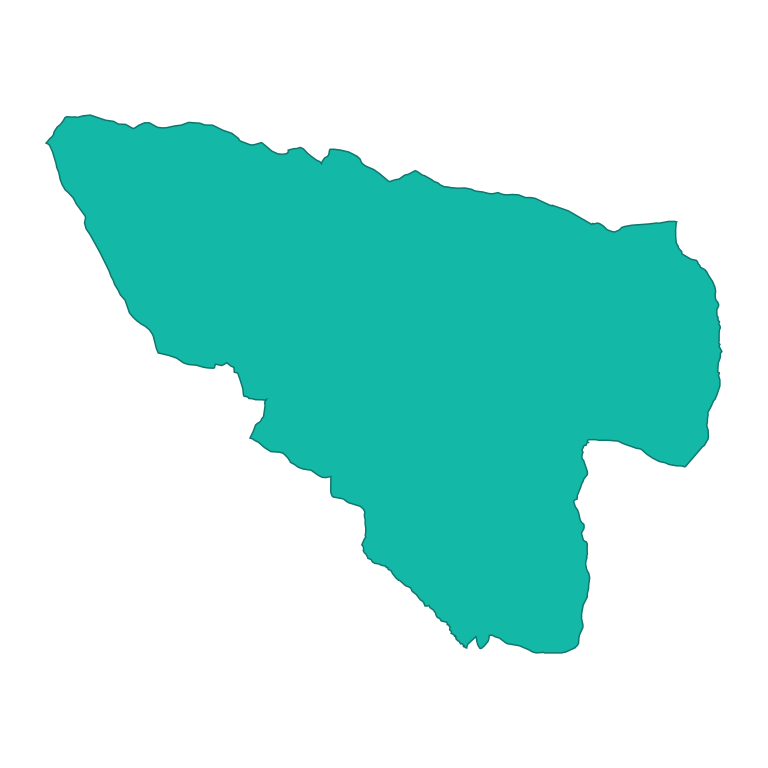 Barsau, Satu Mare, Romania
{"feature_id": "2599482B93689648054040", "entity_name": "Barsau", "entity_type": "district", "adm_level": 2, "iso_a3": "ROU", "parent_name": "Romania", "parent_adm1": "Satu Mare", "projection": "albers", "projection_center": [23.225, 47.589], "detail": "fine", "context": "isolated", "style": "filled", "palette": "teal", "viewbox_px": 768, "rotation_deg": 0, "n_neighbors": 0, "source": "geoboundaries", "source_scale": "gbopen_adm2", "svg_char_len": 6098}
<svg xmlns="http://www.w3.org/2000/svg" viewBox="0 0 768 768"><path d="M587.0,557.3L586.5,556.7L587.4,554.1L587.1,549.4L587.3,544.2L586.5,542.0L584.2,540.9L583.3,539.9L581.4,533.1L583.8,528.8L584.1,527.3L584.0,524.9L583.5,524.0L581.6,522.5L580.2,520.1L578.7,513.1L577.5,509.9L575.2,506.6L573.6,501.3L574.9,499.8L577.0,499.2L577.3,497.6L577.1,496.0L580.5,487.7L581.6,484.1L582.9,481.7L583.9,478.9L587.3,474.6L587.5,472.7L587.1,470.7L583.5,460.2L582.3,459.1L581.8,456.8L582.4,453.8L583.0,452.2L582.1,450.9L582.1,449.8L583.8,446.0L584.6,445.3L586.0,445.3L586.9,442.9L588.3,442.5L587.5,441.7L587.5,440.3L588.9,439.7L595.0,439.6L599.3,440.3L608.3,440.3L618.1,441.1L623.4,443.7L636.8,448.4L639.1,448.6L641.4,449.4L647.2,454.5L652.3,457.9L659.3,461.5L665.0,462.7L669.1,464.5L676.5,465.8L681.4,465.9L684.5,466.8L685.4,466.6L702.5,446.7L704.4,445.3L708.1,438.9L708.4,436.1L708.1,430.3L706.7,425.5L707.3,422.7L707.5,418.5L708.1,414.3L707.7,412.8L711.1,406.4L713.5,400.9L715.0,399.3L716.9,394.9L719.9,385.9L719.9,380.0L718.5,375.4L719.4,373.2L719.1,372.6L718.0,372.2L717.7,371.3L718.2,363.3L720.3,357.3L720.4,353.2L721.9,351.6L719.1,346.4L719.9,344.3L718.7,343.2L719.1,340.9L719.1,332.7L719.6,329.3L720.4,327.8L720.1,327.2L720.1,326.2L718.7,323.9L719.5,321.7L718.0,320.2L718.1,319.1L717.8,318.4L718.1,317.3L717.0,315.8L716.8,311.8L716.8,309.6L718.4,306.5L718.7,304.8L717.9,302.5L716.0,300.1L715.4,298.2L715.2,295.0L715.6,290.9L714.8,286.8L712.5,281.4L708.6,275.5L706.4,271.4L704.7,269.6L700.5,267.3L699.6,265.3L697.9,263.4L697.8,262.2L696.4,260.4L690.9,259.2L682.0,253.9L681.6,251.4L678.8,248.5L678.1,246.2L676.3,243.1L675.7,237.1L675.6,230.0L676.2,222.6L676.7,221.9L674.9,221.4L668.8,221.4L659.1,223.2L656.8,223.0L648.5,224.0L632.0,225.2L624.7,226.5L621.7,227.5L619.3,230.0L614.8,232.0L611.7,231.5L607.0,229.7L603.6,226.2L599.6,223.6L597.4,223.1L594.0,223.9L592.5,223.5L591.9,224.5L568.4,210.9L552.3,205.3L552.1,205.8L549.8,205.2L535.0,198.3L531.0,197.6L525.5,197.6L518.6,194.9L512.6,194.5L506.4,194.9L501.8,194.2L498.1,192.6L492.4,193.8L488.8,193.5L482.8,192.0L475.0,191.0L471.6,189.3L465.0,188.0L457.9,188.2L451.2,187.7L447.3,186.9L444.5,186.9L440.2,184.9L437.8,182.8L434.4,181.7L431.7,179.7L424.6,175.7L422.2,175.0L416.9,171.3L415.2,170.7L408.5,174.2L404.6,175.2L399.2,179.0L394.8,179.9L389.1,181.7L380.0,174.0L373.9,169.6L366.6,166.5L364.3,165.2L361.9,163.1L361.0,161.6L360.1,159.1L357.0,156.2L348.7,152.0L340.6,150.1L334.4,149.3L330.2,149.3L329.5,150.2L329.0,153.4L328.4,155.2L327.5,156.4L324.5,158.0L322.2,161.5L321.5,163.7L319.7,161.5L317.0,160.5L310.9,156.1L307.6,153.3L303.4,148.9L300.2,147.4L297.1,148.5L293.8,148.7L288.2,150.1L288.2,152.4L286.2,153.8L282.2,154.3L277.7,153.8L272.0,151.2L262.2,143.0L261.3,142.7L253.9,144.8L251.8,145.0L249.4,144.5L240.5,141.1L239.5,140.3L238.4,138.4L231.8,133.3L222.8,130.2L212.6,125.2L204.9,125.0L199.8,123.2L188.7,122.4L181.4,125.1L175.0,125.9L165.9,127.8L162.0,127.9L157.4,127.3L149.3,122.8L144.6,122.8L138.5,125.4L135.0,127.9L133.0,128.5L125.6,124.4L118.4,124.1L113.7,121.4L105.5,120.2L90.4,115.1L83.2,115.8L77.3,117.4L75.2,116.9L71.6,117.1L66.8,116.7L65.0,117.6L63.5,120.4L60.3,124.6L57.2,127.1L54.5,131.2L53.7,133.1L53.8,133.9L52.4,136.4L49.9,138.6L46.1,143.1L47.4,143.6L49.5,145.1L52.5,151.7L56.1,163.7L56.7,167.3L58.9,172.8L60.1,179.1L62.0,184.3L65.2,189.9L68.2,192.5L73.3,198.0L76.3,203.9L85.0,215.8L85.6,217.5L84.5,223.0L86.2,229.0L90.2,234.8L99.7,251.9L108.9,270.5L111.1,276.5L113.1,280.0L114.7,284.6L118.2,290.2L120.3,294.8L125.1,300.2L129.5,312.9L132.7,316.8L136.5,320.5L141.3,324.1L145.3,326.3L149.5,329.9L152.5,334.3L153.4,336.5L156.3,348.2L158.2,352.9L168.7,355.4L176.6,358.1L183.7,363.0L188.5,364.5L196.5,365.2L202.9,367.1L207.4,367.9L213.1,368.2L214.5,367.8L214.9,365.5L215.6,364.2L221.6,365.5L224.2,364.4L226.7,362.7L231.0,366.1L233.9,367.4L234.3,372.3L237.7,373.0L239.8,378.9L242.4,387.1L242.9,389.2L243.4,394.7L244.0,396.2L247.7,396.9L249.0,398.5L252.1,398.7L255.6,399.7L262.7,399.8L264.2,400.2L266.5,399.3L264.6,402.5L265.1,405.7L263.5,416.7L261.7,418.7L261.0,420.6L259.9,422.0L257.5,423.3L255.6,425.0L253.1,431.7L250.0,438.1L253.1,439.1L254.3,440.2L258.5,442.3L264.5,447.6L270.9,451.6L279.5,452.2L282.8,453.1L285.1,455.0L287.9,458.0L290.4,461.8L290.4,462.3L294.2,464.3L298.2,467.2L303.0,469.0L311.0,470.2L318.1,475.2L322.1,477.3L325.9,477.6L330.9,476.5L330.7,490.6L331.0,493.2L332.2,496.2L333.3,497.0L343.3,498.9L347.2,501.9L349.1,502.9L360.2,506.3L363.1,508.8L364.6,511.3L364.9,512.3L364.4,514.5L364.5,516.9L365.3,519.8L365.1,523.5L365.8,528.4L365.8,531.6L365.2,535.6L365.8,537.1L364.3,539.1L361.8,544.9L363.0,546.2L363.7,548.7L363.3,550.2L363.5,551.2L364.3,552.6L366.1,554.4L367.4,556.7L367.9,558.3L371.2,559.6L372.2,561.7L374.6,563.3L379.1,564.0L380.7,565.0L385.8,566.3L386.3,567.5L388.1,568.0L388.1,569.2L388.4,569.6L390.1,570.1L391.2,571.0L392.6,573.7L396.2,578.2L398.5,580.2L400.0,580.7L405.4,585.6L410.1,587.5L410.9,588.4L412.2,591.3L416.4,594.6L420.3,599.8L422.7,601.4L423.9,603.0L424.9,605.9L426.6,606.1L429.0,605.5L430.1,607.7L433.3,609.9L435.5,613.0L436.3,615.8L437.5,617.5L439.8,618.5L440.8,620.4L441.5,621.1L446.1,622.0L447.5,623.2L447.2,624.2L447.3,624.7L448.8,624.9L449.1,626.1L450.0,626.9L449.6,629.6L450.0,630.3L451.1,631.1L451.5,632.3L451.2,633.4L453.7,634.5L454.5,636.2L455.4,635.8L455.8,636.4L455.7,637.0L456.0,637.5L455.8,638.0L456.1,638.9L457.6,640.6L459.1,641.4L460.7,643.9L461.7,643.5L462.5,644.0L463.1,645.0L463.9,645.4L463.4,646.2L463.7,646.7L464.7,646.6L465.1,647.4L466.7,648.0L467.2,645.6L468.0,644.0L475.9,636.7L476.4,637.7L476.7,641.0L477.9,645.1L479.8,648.2L480.4,648.5L481.6,648.2L484.2,646.0L488.0,641.4L488.8,639.2L489.3,635.3L489.9,635.2L492.8,635.4L494.9,636.7L499.4,638.0L505.4,642.6L507.4,643.7L519.3,645.7L529.3,650.0L532.0,651.7L536.1,652.9L543.6,652.4L544.5,652.9L561.5,652.9L566.0,651.9L575.0,647.8L577.6,645.0L578.5,643.4L578.9,637.8L579.6,634.6L582.9,627.5L582.9,624.8L581.5,618.4L581.6,613.8L583.2,605.0L587.3,596.9L587.3,593.9L588.6,588.1L588.6,585.5L589.7,577.8L588.7,573.2L587.4,571.1L586.6,569.1L585.6,564.1L585.9,561.4L587.0,557.3Z" fill="#14b8a6" stroke="#0f766e" stroke-width="1.5"/></svg>